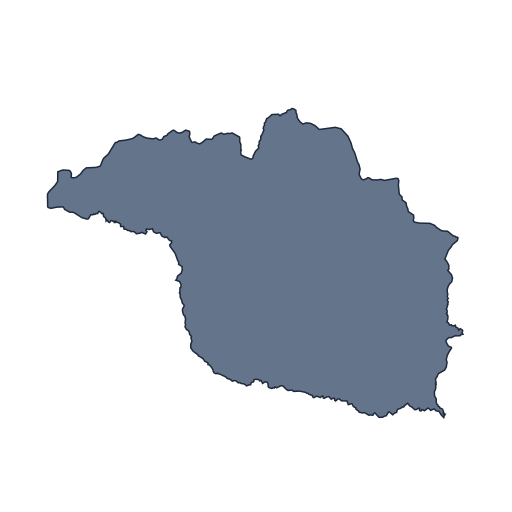 La Vega, Cauca, Colombia, rotated 185°
{"feature_id": "7082276B89331867807141", "entity_name": "La Vega", "entity_type": "district", "adm_level": 2, "iso_a3": "COL", "parent_name": "Colombia", "parent_adm1": "Cauca", "projection": "albers", "projection_center": [-76.765, 2.053], "detail": "fine", "context": "isolated", "style": "filled", "palette": "slate", "viewbox_px": 512, "rotation_deg": 185, "n_neighbors": 0, "source": "geoboundaries", "source_scale": "gbopen_adm2", "svg_char_len": 6038}
<svg xmlns="http://www.w3.org/2000/svg" viewBox="0 0 512 512"><g transform="rotate(185 256 256)"><path d="M458.7,287.3L452.7,288.1L451.3,286.9L450.8,285.8L445.5,283.4L441.8,283.7L432.7,279.0L427.7,278.0L426.1,278.5L424.3,282.7L422.1,282.8L421.6,283.6L420.1,283.4L418.9,284.4L417.4,284.4L416.8,286.4L416.0,286.8L413.0,284.7L412.0,285.0L411.2,282.1L408.9,280.4L408.4,277.7L407.6,278.6L407.0,278.6L406.1,277.0L404.8,276.6L403.4,278.6L402.5,278.7L399.5,276.9L399.2,277.3L399.6,278.4L398.8,278.5L397.6,277.4L396.0,277.3L393.8,276.0L393.4,273.6L390.5,273.8L389.7,271.2L387.6,271.3L386.1,270.3L384.1,270.3L383.0,269.4L379.6,269.7L377.0,267.7L372.8,268.9L372.0,269.6L367.9,268.3L366.7,270.8L367.9,271.8L367.5,273.3L364.6,273.1L361.6,274.1L360.1,271.1L357.2,269.9L353.6,270.9L351.6,267.7L348.3,266.4L346.7,267.3L343.4,263.9L341.3,263.6L341.4,261.6L342.9,259.7L342.5,258.2L336.8,251.6L333.5,244.5L332.4,243.1L332.4,241.0L328.7,239.0L328.3,235.2L329.1,232.3L332.4,229.2L332.9,226.1L333.8,224.9L330.0,224.0L328.0,220.7L328.3,218.2L329.0,217.7L328.7,214.0L329.1,212.5L328.3,211.8L327.9,208.3L326.3,205.7L325.2,202.4L323.8,201.4L323.2,200.0L324.6,196.7L324.4,194.5L323.0,190.9L321.5,190.0L321.4,188.6L320.7,187.7L320.8,183.1L320.1,181.0L320.6,179.3L318.7,176.6L316.7,175.6L315.8,174.3L315.3,172.1L313.2,170.3L313.7,169.0L312.4,165.4L313.3,162.8L313.0,158.8L310.4,155.7L305.4,152.6L304.8,151.6L299.9,149.2L297.8,146.6L294.6,145.5L294.4,143.6L293.0,143.5L291.1,141.8L288.8,138.8L288.7,137.5L287.5,135.9L285.5,135.2L284.3,136.0L283.4,135.3L282.0,135.3L275.1,132.7L274.3,131.6L270.8,130.8L268.7,129.2L266.9,130.0L264.9,129.8L262.6,128.1L261.1,128.4L259.6,127.7L256.6,127.5L254.0,125.8L251.6,127.1L250.2,127.2L249.5,129.8L247.6,130.3L247.2,131.1L247.4,132.4L245.6,133.2L242.1,133.0L241.4,131.9L240.2,132.5L238.3,129.6L236.1,131.5L233.7,131.1L232.9,129.9L232.5,126.9L231.4,126.0L228.7,125.4L227.4,126.2L226.4,126.0L225.6,127.3L223.9,126.5L219.9,128.9L218.1,129.0L214.1,125.7L212.3,124.8L208.7,125.6L206.7,124.4L201.0,125.2L194.8,124.5L193.4,123.7L192.3,123.8L191.2,122.8L187.8,122.0L187.1,120.5L186.2,119.9L183.2,121.7L179.6,120.6L178.1,122.1L177.2,122.2L176.8,121.9L176.7,120.5L175.8,120.1L172.8,122.0L171.0,122.2L168.6,119.9L167.0,120.9L165.4,121.0L165.0,119.1L164.0,118.5L162.1,120.6L160.7,121.0L158.3,119.2L152.8,119.5L151.1,116.0L148.2,117.1L147.3,117.0L145.9,114.5L143.4,113.5L143.0,112.0L140.7,110.7L139.5,109.3L135.7,108.9L134.3,109.5L129.7,107.2L128.3,107.7L125.7,107.5L124.7,109.7L123.8,110.0L119.4,106.0L115.8,106.4L114.2,107.6L112.3,108.2L110.4,112.1L109.1,112.0L106.0,109.7L104.0,111.8L102.3,112.4L102.1,114.4L101.2,115.8L98.6,116.9L96.8,118.4L95.6,118.5L95.2,119.6L92.2,122.5L89.7,120.0L87.5,119.1L84.4,116.7L82.8,117.1L80.6,118.7L79.9,118.5L79.6,116.4L78.7,116.0L77.8,116.2L77.4,117.4L76.8,117.5L74.7,116.5L71.3,119.5L70.7,119.4L68.6,117.4L65.7,119.0L64.9,119.0L63.1,117.4L60.1,117.2L57.7,113.9L54.9,111.4L54.6,113.2L54.1,114.0L54.9,114.3L54.0,115.0L54.9,115.2L55.1,115.8L55.8,115.8L55.5,117.0L56.9,119.7L59.9,120.9L60.1,121.7L61.4,122.3L61.8,123.4L62.8,123.9L63.7,126.2L64.0,129.4L65.9,132.2L66.5,136.3L65.6,138.7L65.4,141.0L65.8,142.6L65.3,143.8L66.1,144.3L65.4,145.4L66.2,147.3L66.4,149.4L65.2,151.3L64.2,154.6L58.2,158.7L56.8,161.7L56.4,166.8L57.4,169.2L56.9,173.1L55.8,176.3L53.2,181.4L53.4,182.0L56.6,183.1L59.2,187.0L59.2,188.9L56.9,191.5L54.4,191.7L50.9,193.8L45.9,194.3L44.8,195.6L43.0,196.1L43.9,197.3L43.6,199.7L44.3,200.5L46.3,201.4L47.6,199.8L48.6,201.7L50.8,202.7L51.4,204.4L52.8,203.7L54.6,203.6L55.4,204.5L57.3,204.2L58.6,206.3L60.0,206.8L59.4,210.2L59.6,213.1L60.3,213.6L60.3,214.6L61.3,215.1L60.6,216.7L61.1,219.0L61.8,219.5L60.9,222.7L61.0,224.2L60.5,224.7L60.9,225.7L60.5,226.6L60.7,227.5L61.6,228.3L61.4,229.7L60.8,230.3L61.9,232.1L61.6,234.8L62.4,237.0L62.6,239.2L62.0,242.3L60.8,245.0L58.8,247.3L58.3,251.2L59.7,254.5L63.8,258.4L62.7,259.8L63.2,263.8L66.1,268.1L67.4,269.0L67.4,270.0L64.8,278.6L62.5,281.8L61.4,284.3L56.8,288.9L56.3,291.7L57.2,292.3L58.3,292.2L59.1,292.9L61.3,293.3L67.4,297.4L72.0,297.2L73.9,297.6L78.8,300.3L80.7,302.1L85.7,303.7L96.1,303.0L101.2,303.6L102.4,304.8L102.1,307.9L102.6,310.5L108.2,313.6L108.9,316.4L110.3,318.7L111.2,322.2L115.2,324.5L115.8,327.7L117.9,329.3L118.8,330.7L120.4,339.4L120.3,343.5L121.2,345.4L123.0,345.7L134.6,342.5L138.3,343.2L142.0,342.3L147.1,342.0L149.9,343.6L150.9,343.8L151.6,343.7L152.5,342.8L155.6,341.2L157.8,342.0L160.4,346.3L159.9,351.7L161.4,356.1L163.0,358.4L166.5,367.0L169.4,371.9L171.2,376.9L174.9,383.4L182.2,390.1L188.2,391.1L203.3,387.7L204.2,387.7L208.7,391.1L213.3,392.9L217.7,393.0L220.7,391.5L223.5,393.2L225.9,395.8L226.9,397.4L227.9,401.2L228.7,402.4L228.9,404.5L230.6,405.6L232.2,406.0L233.2,406.0L234.8,404.6L236.6,404.2L237.5,403.5L238.1,401.7L243.1,399.2L244.0,397.9L244.6,397.9L245.9,399.2L252.5,398.3L255.7,394.8L257.4,393.8L258.2,390.3L259.2,389.1L259.0,386.7L259.7,385.5L259.9,383.6L259.1,382.3L260.8,376.9L261.7,375.8L261.4,372.5L262.8,370.4L262.6,368.2L263.4,365.9L262.6,363.9L265.6,360.3L267.6,355.2L267.5,353.5L269.0,351.9L275.4,353.7L279.5,355.4L280.4,357.8L279.9,360.3L280.4,360.4L280.8,365.9L282.1,368.2L282.5,372.5L283.0,373.2L290.5,376.5L292.8,375.7L295.4,375.7L296.9,374.9L299.2,374.6L300.9,375.5L301.8,375.3L308.0,372.0L309.7,368.9L310.6,368.3L315.8,368.2L319.4,364.5L321.8,362.8L324.4,363.2L326.7,364.4L329.4,363.6L330.1,363.9L332.9,368.7L332.6,372.2L333.1,374.4L336.9,375.3L340.7,372.5L343.4,371.7L345.5,372.2L348.6,374.1L349.9,373.9L354.4,370.1L355.0,368.6L358.3,366.9L359.3,364.4L361.1,363.3L363.0,363.2L364.6,364.4L366.2,364.8L368.7,363.7L375.0,364.0L378.6,364.9L382.2,366.7L383.9,366.9L388.0,363.1L389.7,362.1L395.3,360.2L402.6,358.7L404.1,357.3L406.0,356.8L412.1,344.5L415.8,340.7L416.8,338.9L418.9,332.1L422.7,330.4L432.8,329.0L435.7,326.1L438.1,322.2L442.2,318.5L445.6,317.9L446.9,318.2L447.1,322.2L448.4,324.3L449.5,325.0L455.9,324.9L460.8,322.6L460.1,313.0L462.2,309.1L468.1,301.7L469.0,299.6L469.0,297.9L467.8,286.9L467.3,286.2L464.4,285.6L458.7,287.3Z" fill="#64748b" stroke="#1e293b" stroke-width="1.5"/></g></svg>